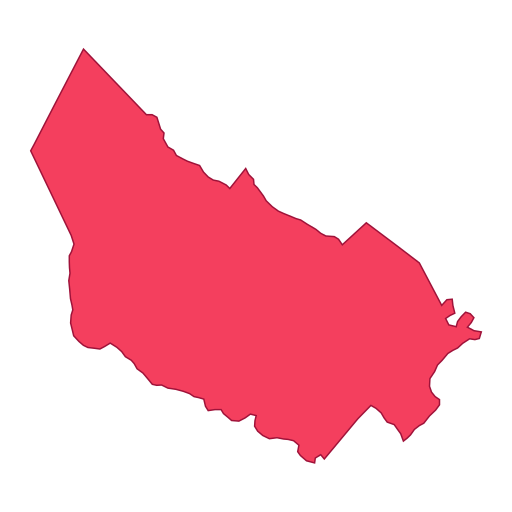 Milagres, Bahia, Brazil (Mercator projection)
{"feature_id": "56859067B28401413745229", "entity_name": "Milagres", "entity_type": "district", "adm_level": 2, "iso_a3": "BRA", "parent_name": "Brazil", "parent_adm1": "Bahia", "projection": "mercator", "projection_center": [-39.773, -12.883], "detail": "fine", "context": "isolated", "style": "filled", "palette": "rose", "viewbox_px": 512, "rotation_deg": 0, "n_neighbors": 0, "source": "geoboundaries", "source_scale": "gbopen_adm2", "svg_char_len": 2122}
<svg xmlns="http://www.w3.org/2000/svg" viewBox="0 0 512 512"><path d="M481.3,331.9L474.0,330.7L467.4,327.2L471.3,322.5L473.9,317.7L470.2,313.7L465.6,312.2L461.2,316.7L457.6,321.5L456.2,326.7L448.8,324.9L445.6,318.5L450.0,315.5L454.8,313.2L452.9,305.5L452.2,299.2L446.9,299.7L441.7,305.4L419.3,262.9L397.3,246.1L366.3,222.8L342.3,244.8L338.5,239.2L334.3,236.6L325.8,236.0L320.7,233.3L315.8,229.3L307.3,224.3L300.7,220.0L296.0,218.6L291.7,216.8L283.6,213.5L278.3,211.1L272.1,206.6L266.2,200.8L263.5,196.1L257.4,187.8L254.0,184.5L253.5,179.3L248.7,174.5L245.7,168.5L229.8,188.5L226.2,185.0L218.9,181.2L213.3,180.1L208.2,177.0L203.5,172.1L199.6,165.5L193.2,163.3L187.4,161.2L182.6,158.8L176.4,155.5L173.5,150.2L167.9,147.0L163.3,138.7L164.0,133.0L160.6,129.2L158.9,123.7L156.9,117.3L152.1,114.7L146.4,114.7L83.5,49.1L54.2,105.5L34.1,144.5L30.7,150.8L71.2,235.4L74.0,244.1L71.5,251.7L69.3,255.8L69.3,261.9L69.5,267.7L70.0,273.2L68.8,280.6L69.7,289.4L70.5,298.7L72.0,305.2L72.8,309.9L71.2,315.0L70.6,323.0L72.2,329.5L73.7,335.8L79.0,341.5L83.4,345.3L87.9,347.5L94.0,348.2L99.9,349.0L104.6,346.5L110.2,343.1L116.9,347.3L121.7,351.6L125.4,356.7L131.2,360.2L134.2,363.6L137.1,368.8L142.9,373.0L146.8,377.6L152.3,384.3L156.7,385.3L161.6,385.0L167.9,388.1L175.9,389.3L183.3,391.3L189.6,393.6L194.0,396.6L198.7,397.6L203.8,399.1L205.5,406.3L208.2,410.6L214.9,409.6L221.1,409.6L223.5,413.6L228.1,417.4L231.6,420.5L238.9,421.1L245.1,417.9L250.4,414.1L256.2,415.6L255.0,420.6L254.6,426.2L257.7,431.2L262.8,435.5L269.4,438.7L277.0,437.7L283.6,439.0L288.1,439.4L293.6,440.7L298.9,445.2L297.7,451.7L300.4,455.5L306.5,460.8L314.6,462.9L315.3,458.0L320.7,454.7L324.3,459.0L357.9,418.7L370.9,405.4L376.0,408.3L381.2,412.9L384.1,417.9L387.2,422.1L394.2,424.6L397.8,429.7L400.7,433.7L403.4,441.1L407.1,438.2L410.5,434.9L414.4,429.4L419.3,425.6L423.8,423.2L429.5,415.9L435.6,410.1L439.5,404.8L439.5,399.6L435.1,396.6L431.5,392.1L429.5,386.3L429.9,378.6L434.6,371.6L437.5,365.0L442.2,360.2L447.8,353.5L452.9,350.3L457.6,348.0L462.7,343.3L469.6,338.8L474.9,339.6L479.3,338.5L481.3,331.9Z" fill="#f43f5e" stroke="#9f1239" stroke-width="1.5"/></svg>